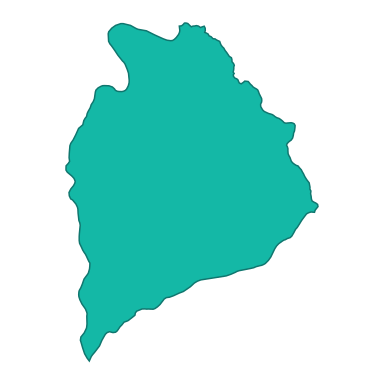 the district of Carneirinho, Minas Gerais, Brazil
{"feature_id": "56859067B62729457033226", "entity_name": "Carneirinho", "entity_type": "district", "adm_level": 2, "iso_a3": "BRA", "parent_name": "Brazil", "parent_adm1": "Minas Gerais", "projection": "mercator", "projection_center": [-50.814, -19.776], "detail": "fine", "context": "isolated", "style": "filled", "palette": "teal", "viewbox_px": 384, "rotation_deg": 0, "n_neighbors": 0, "source": "geoboundaries", "source_scale": "gbopen_adm2", "svg_char_len": 4086}
<svg xmlns="http://www.w3.org/2000/svg" viewBox="0 0 384 384"><path d="M248.2,81.5L246.6,81.3L244.8,81.1L243.2,82.5L241.2,83.8L239.4,83.1L238.6,81.6L237.9,79.8L236.7,78.8L234.9,78.1L233.5,76.4L233.3,74.8L234.2,73.5L233.1,72.1L233.6,70.3L233.8,68.6L233.8,66.9L234.3,65.3L233.5,63.5L232.0,61.7L231.9,59.4L231.4,57.7L229.3,56.4L227.9,54.3L226.7,52.5L225.1,50.5L223.8,48.1L222.3,46.7L220.9,44.7L220.2,42.9L219.7,41.4L217.9,40.6L216.3,39.8L215.1,38.9L213.0,38.7L211.1,36.7L209.0,35.8L208.2,34.1L206.5,33.1L204.7,32.4L205.3,30.6L205.2,28.2L204.2,26.2L202.3,26.8L200.5,27.5L198.5,26.1L196.4,25.6L194.7,26.0L193.0,26.1L191.3,26.8L189.7,25.4L187.8,23.5L185.9,23.0L184.4,23.1L183.2,24.5L181.6,25.8L179.3,26.1L179.8,30.5L179.5,32.3L178.6,34.4L176.3,37.5L174.2,39.5L172.5,40.5L170.7,40.7L167.0,40.2L163.2,38.8L154.6,34.9L146.4,30.8L138.0,29.3L136.1,28.5L130.5,25.4L123.1,23.6L120.8,23.6L115.6,25.4L111.7,28.2L108.7,31.8L108.2,33.8L108.6,41.3L109.9,43.9L111.4,45.7L112.7,47.5L115.0,50.8L117.9,55.2L122.5,61.0L123.8,62.2L125.1,64.2L127.2,69.3L128.5,73.2L129.2,80.3L129.1,82.7L128.3,85.8L126.6,89.1L125.3,90.4L123.4,91.3L121.7,91.6L118.8,91.5L117.1,91.2L115.4,90.3L114.5,88.9L112.4,87.0L109.0,85.8L104.4,85.6L102.7,85.7L101.2,86.2L98.2,87.8L96.0,90.0L95.4,91.8L94.4,98.7L93.3,101.5L91.2,104.7L90.7,106.3L90.2,107.8L88.1,111.5L87.2,113.5L86.5,116.6L85.1,118.3L83.8,120.6L82.8,124.8L78.6,128.4L75.8,134.7L73.1,140.0L70.8,143.3L69.9,145.8L69.3,153.1L69.1,157.7L69.6,161.4L68.3,163.4L66.1,165.8L66.0,167.9L66.0,170.1L67.3,172.2L71.7,175.9L74.0,178.4L75.2,181.3L74.8,183.2L73.5,185.7L70.8,189.0L69.0,192.5L69.3,195.9L70.7,198.9L72.5,199.9L75.9,204.0L77.4,207.1L77.9,209.1L78.1,213.3L78.9,220.5L79.8,222.9L80.2,225.3L79.4,233.4L79.2,236.6L79.2,240.5L79.6,243.4L81.3,246.9L82.8,250.2L84.2,252.5L85.3,254.0L86.3,255.9L88.0,259.6L88.8,261.3L89.9,263.1L89.8,266.0L89.5,269.0L88.3,273.2L87.0,275.1L84.2,278.8L83.6,280.3L82.4,283.9L80.8,287.8L79.3,290.4L78.9,291.9L78.7,294.6L78.9,296.7L79.9,299.8L82.0,304.1L85.4,308.9L86.7,312.1L87.1,313.8L86.8,316.1L87.0,324.0L86.8,325.9L86.5,328.1L84.2,332.9L80.9,337.0L80.4,340.2L81.3,343.2L82.6,347.7L84.6,353.7L87.1,358.1L89.3,361.0L91.3,356.5L92.5,354.8L94.7,352.2L97.3,348.8L99.5,345.9L101.9,340.3L104.1,336.4L105.4,334.2L107.1,332.6L109.5,331.7L113.0,332.6L115.6,332.2L117.1,331.0L118.4,329.2L120.0,326.8L121.8,325.0L124.1,322.1L126.8,321.2L128.3,320.5L134.9,315.3L135.4,312.8L136.8,311.1L142.0,309.0L144.9,308.9L146.5,309.1L148.5,309.0L150.5,309.1L153.2,309.2L154.9,308.6L157.4,306.9L160.0,304.5L164.2,299.0L166.4,297.6L169.5,297.2L173.6,295.7L179.2,293.1L183.4,291.5L190.4,286.7L194.4,283.0L197.4,281.2L200.8,279.9L226.2,275.9L230.8,274.3L235.4,272.3L237.0,271.4L239.1,270.7L250.3,268.5L253.8,267.7L256.0,266.7L259.8,265.7L261.7,265.3L263.6,264.5L265.3,263.5L268.4,260.4L270.8,257.0L274.7,248.9L276.6,245.9L278.7,243.7L282.0,241.3L283.9,240.1L285.3,239.7L287.4,238.5L290.2,237.6L291.8,236.1L293.8,232.7L295.5,229.4L297.2,227.5L300.0,223.1L300.9,221.6L302.2,219.6L306.5,213.9L308.7,212.7L311.0,212.0L314.5,212.3L315.1,210.3L316.4,208.6L318.0,206.6L317.6,204.4L315.9,203.1L313.5,201.9L312.0,200.8L311.4,198.8L311.1,196.2L310.6,193.8L310.9,191.0L309.9,189.1L310.0,187.2L309.5,184.6L309.2,182.9L308.2,181.6L306.9,179.9L305.9,178.4L304.7,176.4L303.5,173.8L302.3,171.8L301.3,169.8L299.4,167.7L298.1,166.0L295.9,165.2L294.4,164.2L292.6,162.8L291.3,161.2L290.7,159.5L290.0,157.5L288.9,155.6L288.1,153.7L287.9,150.7L287.9,148.6L287.4,146.8L286.6,145.4L287.0,143.8L288.5,142.1L289.9,141.0L291.2,140.1L292.6,138.1L293.3,135.5L293.6,133.1L294.5,131.0L294.8,128.9L295.0,127.1L295.1,125.5L294.3,123.9L292.9,123.1L291.1,122.7L289.1,122.9L287.5,123.0L285.9,123.2L284.2,122.7L282.5,121.0L280.8,119.6L279.0,118.4L276.8,117.7L275.0,116.6L273.6,115.4L272.1,114.5L270.5,114.0L268.7,113.5L267.3,112.9L265.8,112.2L264.3,111.5L262.7,110.0L261.7,108.3L260.7,106.5L260.6,104.1L261.6,102.1L261.8,100.3L261.6,98.5L260.5,96.3L259.2,93.7L258.4,91.4L257.6,89.8L256.0,88.7L254.3,87.8L252.8,86.7L251.9,85.5L250.5,84.3L249.3,82.8L248.2,81.5Z" fill="#14b8a6" stroke="#0f766e" stroke-width="1.5"/></svg>